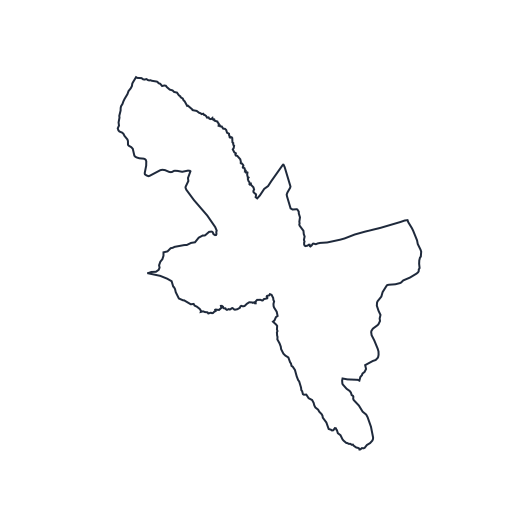 outline of Businga, Équateur, Democratic Republic of the Congo, rotated 212°
{"feature_id": "63176286B10859728267394", "entity_name": "Businga", "entity_type": "district", "adm_level": 2, "iso_a3": "COD", "parent_name": "Democratic Republic of the Congo", "parent_adm1": "Équateur", "projection": "orthographic", "projection_center": [21.02, 3.443], "detail": "fine", "context": "isolated", "style": "outline", "palette": "slate", "viewbox_px": 512, "rotation_deg": 212, "n_neighbors": 0, "source": "geoboundaries", "source_scale": "gbopen_adm2", "svg_char_len": 6122}
<svg xmlns="http://www.w3.org/2000/svg" viewBox="0 0 512 512"><g transform="rotate(212 256 256)"><path d="M65.0,147.3L64.4,149.2L62.9,149.9L62.2,150.9L61.8,154.5L60.1,157.8L59.5,161.1L59.8,162.8L60.5,164.1L68.0,172.1L75.9,178.4L78.5,179.9L83.1,180.5L89.5,183.7L96.8,185.6L97.9,186.4L98.9,188.3L99.7,188.8L101.1,188.7L103.2,190.5L105.1,191.2L108.8,191.4L113.9,192.9L115.0,193.4L116.9,195.9L117.7,198.0L113.1,199.8L104.1,204.9L102.3,205.1L103.4,208.7L103.0,211.1L103.4,212.7L102.5,215.2L102.8,218.5L105.6,221.3L101.3,228.9L99.4,231.2L98.8,234.1L98.9,235.1L99.7,237.2L101.5,239.9L103.6,241.8L111.0,247.1L116.0,250.1L118.0,252.5L118.4,253.6L118.4,256.3L116.2,261.9L116.0,263.3L116.4,266.6L118.0,268.5L119.2,272.0L123.1,274.5L127.2,277.9L128.7,280.7L128.9,282.1L128.2,288.0L129.5,292.5L129.5,299.5L129.3,300.9L128.0,302.1L122.8,305.9L119.4,309.5L118.9,310.4L118.2,313.3L114.0,319.3L110.5,326.2L109.9,328.1L110.0,329.4L110.8,330.8L110.9,332.5L113.5,335.8L115.2,338.8L116.1,341.6L115.9,342.8L118.2,347.2L119.9,348.6L125.2,351.9L127.7,354.6L136.1,360.7L138.5,362.2L144.7,365.3L146.5,366.7L148.7,364.9L151.6,361.3L165.2,346.0L176.4,334.5L183.7,326.5L190.2,317.8L193.2,314.5L202.8,305.2L208.5,301.1L210.3,299.4L211.5,297.7L213.8,297.0L214.3,296.5L214.4,294.5L214.9,292.9L215.4,292.9L216.5,294.0L217.1,293.7L217.8,292.1L219.3,290.6L220.3,290.6L221.3,291.3L222.3,292.9L222.4,293.8L223.9,295.1L225.1,298.3L227.1,299.9L229.1,302.5L235.0,304.8L235.9,305.5L236.4,306.9L237.4,308.0L239.2,312.1L242.2,314.7L243.3,316.3L245.5,317.3L246.2,317.3L249.6,314.8L251.9,314.7L261.3,323.0L262.5,324.3L263.0,326.4L263.2,331.9L263.6,333.2L278.7,346.5L281.0,348.0L281.4,347.9L281.6,346.9L282.7,327.6L282.8,321.7L284.6,317.3L284.8,309.4L285.5,305.5L287.5,305.7L288.3,307.9L289.2,308.5L290.3,308.4L292.2,309.0L292.8,310.2L292.8,311.3L294.6,312.9L297.9,313.7L298.5,314.4L299.0,313.3L299.6,313.4L300.3,314.9L302.1,315.6L303.8,317.0L303.9,318.6L304.8,318.5L306.6,320.3L307.5,322.3L308.1,322.2L308.9,321.5L309.4,322.0L310.0,321.8L310.1,323.0L311.0,323.0L312.1,324.3L313.4,324.4L313.7,324.0L314.3,324.3L314.6,326.0L315.0,326.3L316.9,327.0L317.6,326.6L318.2,326.7L318.8,327.9L320.6,329.7L325.0,331.0L326.3,330.5L327.2,331.0L327.5,332.4L329.3,332.4L332.2,334.1L332.1,335.6L333.0,337.9L333.6,337.9L334.8,339.0L335.1,339.7L336.2,339.9L338.7,343.5L339.5,343.8L340.1,343.6L340.6,342.7L341.2,342.7L341.7,343.6L342.5,343.8L343.7,345.4L345.9,345.2L348.1,347.1L349.7,347.4L351.3,346.6L353.7,347.7L354.9,347.0L355.9,347.6L356.3,346.8L356.7,346.6L357.7,348.5L359.3,349.0L360.0,349.6L362.8,348.8L363.3,348.9L363.7,349.7L364.0,349.7L364.2,349.0L365.2,348.9L366.1,349.9L366.5,348.6L367.3,347.9L368.5,347.8L369.7,348.4L370.8,347.4L372.6,348.3L374.2,348.4L374.7,348.1L376.1,348.7L377.3,347.5L378.7,347.7L379.9,347.3L383.2,347.6L387.1,346.1L387.6,346.5L393.4,347.4L393.9,346.8L398.5,349.4L399.9,349.6L401.5,350.7L404.0,350.7L404.8,351.3L406.6,351.4L409.6,352.7L412.4,351.7L414.5,352.2L417.3,351.4L421.2,352.0L422.6,352.6L424.0,352.1L425.7,350.4L428.5,351.3L430.2,350.9L431.2,351.3L432.4,351.4L437.2,349.4L438.7,349.1L439.6,348.3L440.9,347.9L442.6,348.0L444.1,346.5L445.4,346.0L447.3,346.2L451.1,344.1L452.5,344.1L452.4,338.1L452.3,336.7L451.3,334.4L451.1,331.8L451.5,328.3L450.8,325.2L450.7,319.7L450.4,316.8L449.8,314.2L449.8,311.5L449.2,309.8L447.9,307.6L446.2,302.4L445.1,301.0L443.3,296.4L441.3,294.0L440.9,291.0L439.2,289.6L437.8,289.2L434.8,289.7L433.0,289.3L431.3,288.2L426.8,286.7L425.5,285.6L423.5,282.5L422.4,282.1L419.4,282.2L417.3,281.6L412.3,276.6L410.8,276.2L409.1,276.4L406.6,277.1L403.1,278.9L401.8,279.3L400.4,279.1L399.2,278.1L397.0,274.4L394.3,267.3L393.5,266.4L391.6,266.3L389.5,266.7L388.7,267.6L382.6,278.1L381.1,279.5L378.7,280.6L374.2,281.3L372.8,281.9L371.8,282.7L370.6,284.8L369.8,285.4L367.6,286.6L363.2,288.3L358.9,292.4L357.2,293.2L356.5,293.1L355.0,286.1L353.1,283.7L352.4,277.5L352.0,276.6L350.3,275.3L338.2,270.5L318.8,264.5L305.9,258.9L302.8,256.7L302.4,255.3L301.2,253.7L301.0,252.7L301.8,252.0L303.6,252.0L305.3,253.2L306.0,253.3L306.7,253.1L308.6,251.6L310.1,246.6L311.0,245.7L312.0,245.2L314.3,241.2L315.0,235.3L318.0,232.7L320.5,228.7L322.7,227.2L329.9,220.6L331.0,218.8L332.5,217.4L333.5,213.0L336.4,210.1L334.6,207.2L333.7,203.7L334.1,200.5L333.3,196.8L331.6,195.0L331.2,192.7L332.5,189.6L336.3,187.0L337.9,184.9L339.1,183.9L326.7,188.4L319.3,189.7L314.2,189.9L310.0,186.2L309.0,186.1L307.1,185.0L304.9,182.8L298.9,179.1L294.2,179.8L293.5,180.3L285.7,180.5L283.5,182.3L281.8,181.4L279.3,181.7L275.7,181.3L273.5,180.3L273.2,179.3L271.6,181.0L269.6,181.4L267.3,182.5L266.0,182.0L264.2,184.0L263.0,184.2L262.3,184.8L261.8,186.9L261.1,187.8L262.1,188.8L261.6,189.4L260.4,189.7L259.9,190.2L258.8,190.6L257.9,193.7L259.3,195.1L258.6,195.6L257.1,195.5L255.9,194.6L255.2,194.7L254.2,195.4L253.3,194.9L252.1,194.9L250.9,196.6L249.9,196.7L249.4,197.3L248.9,198.8L248.3,199.4L246.1,199.1L245.4,199.3L243.6,201.0L242.2,203.6L242.5,204.9L242.1,205.9L240.4,206.4L239.2,207.5L238.4,210.7L237.2,213.2L234.6,214.6L233.8,214.6L233.0,215.8L231.8,215.3L231.2,215.7L232.0,216.8L232.1,217.9L231.8,219.4L229.0,221.2L227.2,221.5L226.7,222.0L226.5,223.6L224.1,226.0L224.1,226.5L225.5,227.4L225.5,228.0L223.9,229.7L224.0,231.0L222.2,231.3L219.2,229.5L218.0,228.0L216.6,227.1L215.8,224.6L214.5,222.8L213.4,221.9L208.9,219.7L205.9,216.6L206.7,214.7L206.2,211.2L206.8,209.3L202.5,208.5L201.0,207.9L199.3,204.8L198.0,203.7L197.8,202.3L195.9,199.7L194.9,198.8L193.7,196.6L189.6,194.3L187.0,192.3L185.3,190.3L181.0,187.7L178.4,187.1L174.8,187.1L170.7,183.9L169.4,183.4L167.6,181.6L166.2,181.6L162.6,180.0L157.7,175.5L154.5,173.1L152.9,172.5L148.1,168.3L146.5,166.3L145.2,165.8L143.0,163.7L142.0,163.7L139.9,165.1L136.0,163.3L132.1,163.6L129.3,162.0L127.4,160.2L125.4,159.0L121.9,158.6L119.9,157.5L116.4,156.6L114.9,155.7L113.7,154.3L108.1,152.1L102.7,147.8L100.4,148.4L99.1,148.3L98.1,149.2L97.9,151.9L96.9,152.2L95.8,151.3L95.1,151.2L92.7,149.1L89.4,148.8L85.4,146.3L83.8,145.8L80.3,145.3L79.3,145.8L77.9,145.8L76.4,146.7L74.8,146.6L73.9,147.4L72.7,146.9L69.5,146.7L67.9,147.3L66.5,147.4L65.7,146.7L65.0,147.3Z" fill="none" stroke="#1e293b" stroke-width="2"/></g></svg>